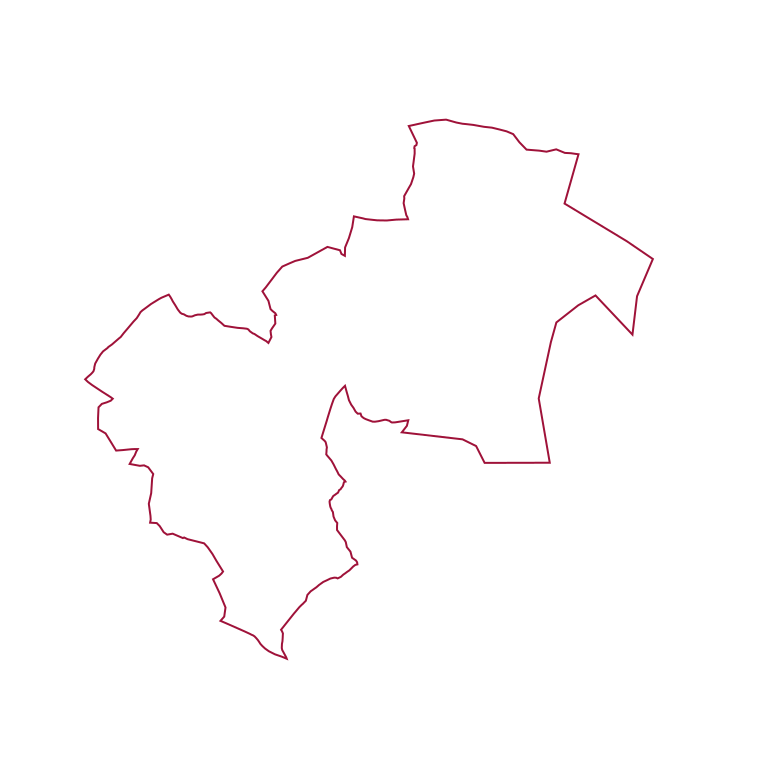 the district of Aboh-Mbaise, Imo, Nigeria, rotated 257°
{"feature_id": "59680162B96723309662383", "entity_name": "Aboh-Mbaise", "entity_type": "district", "adm_level": 2, "iso_a3": "NGA", "parent_name": "Nigeria", "parent_adm1": "Imo", "projection": "orthographic", "projection_center": [7.239, 5.423], "detail": "fine", "context": "isolated", "style": "outline", "palette": "rose", "viewbox_px": 768, "rotation_deg": 257, "n_neighbors": 0, "source": "geoboundaries", "source_scale": "gbopen_adm2", "svg_char_len": 4540}
<svg xmlns="http://www.w3.org/2000/svg" viewBox="0 0 768 768"><g transform="rotate(257 384 384)"><path d="M301.5,124.9L299.6,131.3L296.0,133.5L289.1,136.0L286.0,138.8L285.7,144.4L279.1,153.4L279.4,154.7L277.0,157.7L269.2,172.9L264.6,175.5L257.0,178.6L249.5,180.9L237.5,185.0L235.9,183.1L234.3,180.3L232.2,173.5L217.0,176.8L201.9,179.3L193.3,176.0L190.0,171.4L186.2,176.6L174.3,192.5L170.8,197.0L169.5,198.5L168.5,199.9L167.2,201.1L165.2,202.3L162.9,203.5L160.6,204.4L158.6,205.1L156.1,206.5L153.0,208.6L149.5,211.7L145.1,217.0L141.3,223.1L138.2,227.4L139.8,227.2L142.3,226.5L145.2,225.7L147.6,225.0L149.7,225.0L153.7,226.1L156.2,227.2L159.5,228.2L161.7,228.8L163.7,229.4L166.0,229.0L167.7,228.4L180.5,244.5L185.6,251.3L187.4,254.2L188.0,255.4L188.8,256.6L190.4,259.1L195.7,261.9L198.5,265.9L201.2,272.5L202.9,275.7L204.8,280.3L205.7,284.6L206.5,288.0L206.5,291.9L206.0,293.8L205.0,295.1L205.8,298.6L207.4,301.4L208.3,303.7L209.2,305.7L210.2,308.3L212.0,311.2L213.1,312.9L214.2,315.4L214.2,317.5L216.3,317.7L218.3,317.0L221.9,313.8L228.2,313.6L233.4,311.1L238.5,311.2L240.4,310.7L249.8,306.5L252.3,305.4L255.9,306.2L259.1,307.2L262.1,305.7L266.1,305.0L270.7,305.4L272.9,304.7L274.1,304.6L275.5,304.2L276.8,304.1L279.0,304.2L280.3,304.3L281.7,304.5L283.0,305.2L283.4,306.6L283.9,307.2L285.0,308.1L286.3,309.4L287.0,311.2L287.8,313.0L288.5,314.8L290.7,316.4L291.2,318.0L292.2,319.0L293.2,320.3L293.9,321.0L295.4,321.9L296.7,322.5L297.6,323.3L297.6,324.5L298.7,324.1L300.7,322.7L303.3,321.2L306.1,319.5L307.9,319.1L309.9,318.6L312.0,318.0L317.0,316.8L321.3,315.5L324.4,313.9L326.9,312.6L328.4,311.9L331.2,312.8L333.1,313.3L335.1,314.1L336.8,314.1L339.7,314.1L341.0,313.9L342.2,313.2L343.9,312.0L345.5,310.9L361.3,320.1L364.0,321.6L371.9,326.2L376.2,328.8L380.7,331.7L382.9,333.9L387.6,340.4L389.4,343.0L391.0,345.6L385.6,345.8L380.2,346.1L376.1,346.2L371.2,347.4L367.6,348.9L363.5,350.1L361.0,351.7L360.5,354.5L357.6,354.8L355.4,356.5L353.9,358.3L351.9,361.3L349.8,364.6L349.3,366.7L349.0,370.3L349.0,370.7L349.0,372.1L349.0,375.0L349.0,376.3L348.7,377.9L346.9,381.0L345.4,382.2L344.7,383.1L344.1,386.3L343.2,399.5L338.1,396.9L332.9,390.5L312.4,448.1L302.8,459.8L284.5,464.3L270.0,527.8L335.1,531.5L387.2,556.0L405.2,565.8L417.0,591.0L422.7,610.0L376.2,637.2L412.6,650.3L445.3,674.1L468.5,652.7L519.2,600.5L564.1,625.2L565.4,621.7L566.8,618.1L568.5,612.2L573.9,604.6L573.8,594.6L576.4,587.9L580.3,575.6L589.1,570.3L598.4,566.1L602.6,560.3L606.1,553.6L609.5,546.8L612.1,539.3L616.4,529.2L618.8,522.4L619.8,519.4L619.9,519.1L622.0,514.4L622.5,513.3L627.6,504.0L628.5,498.2L629.4,492.3L629.6,483.0L629.7,475.0L629.7,472.9L629.8,466.2L611.6,470.3L609.5,469.3L608.8,467.3L607.0,466.5L606.5,466.8L601.6,465.7L593.5,462.7L589.5,461.2L582.2,460.7L578.9,459.1L572.7,455.3L569.5,452.3L562.5,445.9L560.1,445.5L555.8,443.8L548.9,443.7L543.4,443.7L541.5,444.3L539.1,444.5L541.4,433.0L542.7,423.5L545.0,414.2L546.9,408.7L548.9,403.0L550.1,400.8L554.1,392.4L543.9,388.3L534.0,382.6L525.8,376.8L517.7,374.7L520.3,371.8L524.2,371.2L530.3,359.7L524.1,338.1L523.9,325.2L522.8,319.0L521.3,311.3L516.5,304.6L504.7,290.5L501.7,286.4L496.5,288.2L491.0,290.1L482.5,290.3L480.3,291.7L477.4,294.0L475.5,294.5L475.3,293.0L471.5,292.4L467.3,291.7L463.3,287.3L461.3,285.4L457.9,285.0L455.1,284.9L450.0,280.6L452.5,278.7L453.4,277.6L455.9,275.0L459.2,271.5L461.9,269.0L462.8,267.6L465.5,265.2L467.7,264.1L468.7,262.8L470.0,259.2L471.6,254.1L474.0,248.0L476.6,241.6L480.1,239.2L483.3,236.7L485.3,235.3L486.9,233.8L489.0,232.8L491.9,231.5L492.9,230.7L493.2,226.7L492.5,224.6L492.6,222.8L492.9,220.7L493.5,218.3L493.5,215.2L493.0,212.5L493.1,211.3L493.8,208.7L494.9,206.8L496.9,204.7L498.0,202.7L499.4,201.5L503.1,199.8L507.8,198.3L512.0,196.8L514.4,196.2L517.0,195.4L519.5,194.4L518.1,186.5L517.3,183.7L514.4,175.1L512.5,170.8L510.8,166.9L510.1,165.2L508.8,162.9L506.7,160.9L503.8,157.9L501.2,154.0L495.8,146.8L492.1,141.8L489.0,138.0L488.2,136.3L486.2,132.5L483.7,127.8L482.0,123.6L481.4,122.9L479.0,117.6L476.4,114.3L473.1,111.0L468.9,107.2L465.5,105.5L464.0,105.1L461.8,103.8L460.7,102.4L459.4,100.4L457.8,97.3L455.8,93.9L452.6,96.0L448.7,99.3L445.2,102.6L439.5,108.0L432.6,114.8L430.7,116.4L429.2,114.0L428.5,109.7L428.1,104.6L425.5,100.6L415.1,97.7L404.4,95.3L398.5,101.6L389.0,104.8L379.4,108.0L378.4,114.5L377.3,123.1L376.7,126.4L376.0,129.4L373.9,127.4L370.6,125.1L368.1,122.5L363.3,118.2L359.2,127.7L358.7,131.9L355.9,135.5L348.2,138.9L344.3,136.9L330.0,132.6L320.2,127.9L308.1,126.8L304.4,126.2L301.5,124.9Z" fill="none" stroke="#9f1239" stroke-width="2"/></g></svg>